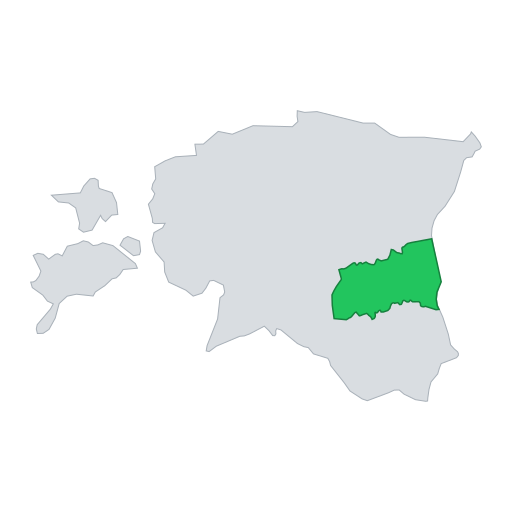 Estonia, with Tartu highlighted
{"feature_id": "EST-1659", "entity_name": "Tartu", "entity_type": "County", "adm_level": 1, "iso_a3": "EST", "parent_name": "Estonia", "parent_adm1": "", "projection": "orthographic", "projection_center": [26.767, 58.415], "detail": "fine", "context": "in_parent", "style": "filled", "palette": "green", "viewbox_px": 512, "rotation_deg": 0, "n_neighbors": 0, "source": "natural_earth", "source_scale": "10m", "svg_char_len": 4119}
<svg xmlns="http://www.w3.org/2000/svg" viewBox="0 0 512 512"><path d="M427.6,401.0L425.8,401.3L415.5,399.7L404.1,394.2L399.2,390.0L394.3,390.1L388.4,392.8L367.3,400.7L362.1,398.9L350.0,391.0L344.0,382.5L330.6,365.5L329.6,361.5L327.8,358.3L313.5,353.9L308.3,347.6L303.9,346.7L297.4,343.5L280.9,329.9L276.7,328.6L275.7,330.8L275.9,333.9L274.8,335.7L272.7,335.6L268.9,330.6L264.3,326.2L249.6,333.9L244.3,335.9L239.7,336.3L216.3,346.2L209.1,351.6L206.2,350.9L207.1,345.6L217.6,319.0L220.0,297.7L223.6,294.9L224.7,292.0L223.4,285.1L213.7,280.4L209.7,280.9L205.9,288.1L202.0,293.2L193.2,296.1L185.9,290.2L168.7,282.1L164.7,272.0L164.1,262.0L155.4,251.9L152.1,240.4L154.0,232.6L162.6,227.8L165.1,223.3L154.7,223.6L152.6,222.4L152.3,218.3L148.4,204.2L152.7,198.9L154.8,193.7L151.7,189.0L152.8,183.9L155.7,178.9L154.7,166.7L165.2,160.8L175.4,156.8L196.5,155.4L194.9,144.2L203.4,144.1L218.2,131.4L232.3,134.2L253.0,125.7L292.4,126.7L297.9,121.6L297.1,116.3L297.3,110.7L304.6,112.4L317.0,111.6L363.2,123.1L374.7,123.1L390.5,134.4L399.0,137.3L424.2,137.2L463.1,141.7L470.6,133.9L471.3,131.9L475.1,136.1L479.9,142.9L481.3,146.8L479.7,149.1L475.1,151.2L474.1,153.3L472.1,156.9L466.6,157.7L463.8,160.4L460.6,172.1L454.4,191.5L445.0,206.3L437.4,214.5L434.1,220.7L432.0,228.1L431.5,235.6L439.4,276.4L439.4,283.7L437.7,291.3L436.5,299.1L437.7,305.7L442.8,317.1L448.3,334.1L450.6,344.9L454.2,348.9L457.6,351.8L458.4,353.6L458.3,355.5L456.5,357.7L441.2,363.6L439.3,368.4L437.7,373.9L431.0,381.9L429.0,389.4L427.8,397.9L427.6,401.0ZM88.3,242.0L93.1,245.6L97.9,244.9L102.7,242.8L112.9,245.6L135.4,263.6L137.4,268.2L123.2,269.5L119.8,274.5L116.2,277.9L112.1,278.8L104.9,285.6L95.3,292.0L93.1,296.0L76.4,294.2L67.1,296.2L59.2,303.5L55.2,318.2L49.0,329.4L43.2,333.3L37.4,333.5L36.3,329.0L37.2,324.7L50.4,309.1L53.3,303.9L47.4,301.1L42.8,295.1L32.3,287.6L30.7,282.1L33.4,281.9L35.9,280.5L39.1,276.2L40.9,271.1L33.2,255.4L37.8,253.3L43.3,254.3L48.7,259.1L55.3,254.3L58.0,253.8L62.2,255.9L67.3,246.2L77.9,243.6L83.3,240.8L88.3,242.0ZM111.7,215.1L105.5,221.6L102.2,218.6L100.6,215.3L92.1,230.1L83.5,232.2L78.7,228.9L79.6,223.2L75.7,207.9L68.7,203.0L58.4,201.9L51.4,195.2L80.3,192.9L83.8,186.0L90.1,178.9L94.5,178.3L98.1,180.3L98.4,186.1L99.2,188.5L112.0,192.6L116.5,202.6L117.8,214.5L111.7,215.1ZM139.5,254.6L133.5,255.7L120.0,245.2L123.6,238.8L127.8,236.5L139.5,241.1L140.6,251.2L139.5,254.6Z" fill="#d9dde1" stroke="#a8b0b8" stroke-width="1"/><path d="M431.7,238.8L433.2,245.8L437.0,262.7L441.2,281.8L436.9,292.3L436.2,299.3L437.2,305.7L439.0,309.4L436.0,309.7L425.4,306.3L424.2,306.7L423.6,306.8L422.8,306.7L422.0,306.6L421.2,306.2L420.6,305.6L420.3,303.1L419.0,301.7L412.6,301.8L411.5,301.0L410.9,300.3L410.6,300.2L410.1,300.2L409.0,301.7L408.1,302.0L406.6,301.8L404.6,300.5L403.8,300.3L402.9,300.8L401.8,303.5L401.4,304.2L401.1,304.4L399.7,304.6L397.8,302.6L394.5,303.3L394.0,302.9L393.2,302.8L392.4,303.1L391.5,303.8L390.4,306.2L389.8,308.4L387.8,310.5L383.3,312.0L381.1,312.0L380.9,311.4L380.2,310.3L379.6,310.3L378.7,310.8L377.9,312.0L377.2,312.7L376.5,312.9L375.4,312.3L375.1,312.4L375.0,313.2L375.2,314.3L375.3,315.5L375.2,316.7L374.6,317.9L374.1,318.5L372.1,319.4L370.9,317.1L370.2,316.4L368.7,315.3L368.0,314.4L366.6,313.4L362.5,314.7L361.5,315.2L360.1,315.7L359.3,315.8L357.9,314.1L357.2,313.5L356.4,312.2L355.5,312.3L354.6,312.9L351.7,316.4L350.5,317.5L349.3,317.8L347.6,319.0L346.3,319.7L334.1,318.6L332.3,305.4L332.0,294.9L333.9,290.9L336.4,286.5L341.3,279.5L341.3,278.5L338.9,269.7L341.5,268.8L343.7,268.9L345.1,268.5L346.4,267.9L352.8,263.3L354.1,262.8L355.1,263.0L355.7,263.8L356.2,264.8L356.8,265.2L357.5,264.8L359.1,263.0L360.9,262.6L362.2,263.8L362.6,263.8L363.5,263.2L366.0,262.1L368.5,263.6L371.2,264.5L373.8,264.7L374.1,264.6L374.4,264.4L375.2,263.2L376.4,260.1L377.2,259.2L377.9,259.1L378.7,259.8L381.2,260.9L387.7,259.3L389.9,255.2L391.3,249.5L393.4,250.0L396.8,252.6L399.5,253.1L400.4,253.6L402.2,253.7L402.5,252.3L401.9,248.5L402.1,247.6L402.6,247.1L403.2,247.1L403.9,246.7L404.7,246.1L405.9,244.8L406.8,244.1L407.6,243.5L411.6,242.5L431.7,238.8L431.7,238.8Z" fill="#22c55e" stroke="#15803d" stroke-width="1.5"/></svg>